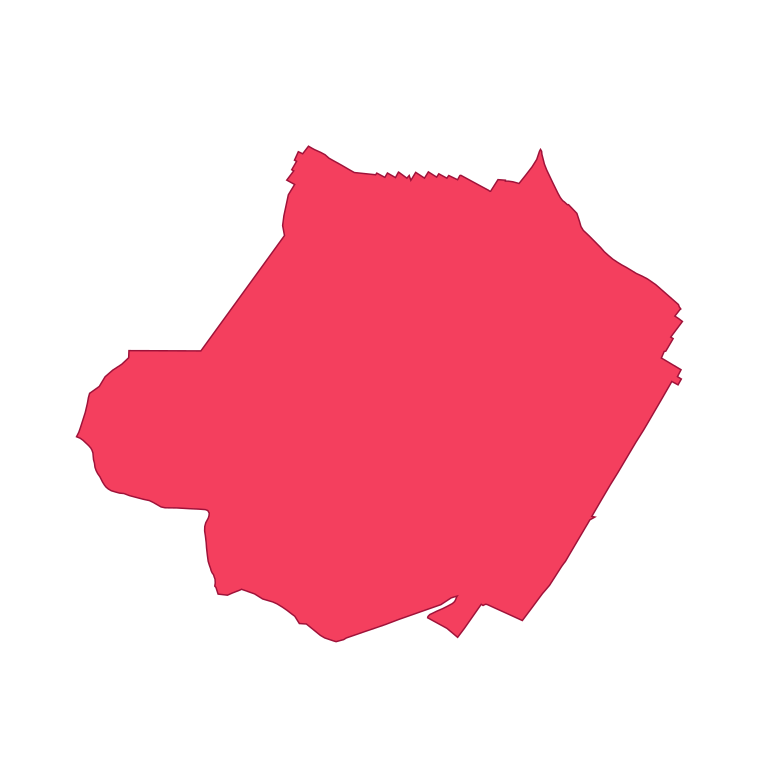 the district of Santo Tomás Hueyotlipan, Puebla, Mexico, rotated 12°
{"feature_id": "50627088B52842348137606", "entity_name": "Santo Tomás Hueyotlipan", "entity_type": "district", "adm_level": 2, "iso_a3": "MEX", "parent_name": "Mexico", "parent_adm1": "Puebla", "projection": "orthographic", "projection_center": [-97.866, 18.889], "detail": "fine", "context": "isolated", "style": "filled", "palette": "rose", "viewbox_px": 768, "rotation_deg": 12, "n_neighbors": 0, "source": "geoboundaries", "source_scale": "gbopen_adm2", "svg_char_len": 3521}
<svg xmlns="http://www.w3.org/2000/svg" viewBox="0 0 768 768"><g transform="rotate(12 384 384)"><path d="M488.3,122.0L487.7,124.0L486.7,132.6L483.7,140.8L479.2,150.2L474.4,159.8L473.2,159.7L467.9,159.4L463.7,159.7L460.5,160.3L460.4,159.4L453.0,160.4L448.2,173.3L447.5,173.5L445.5,172.6L445.2,172.6L415.8,163.9L414.9,164.3L413.5,168.9L404.0,166.6L402.7,169.6L393.9,167.0L392.5,170.7L383.3,167.3L382.4,169.8L380.8,174.2L371.0,170.4L369.4,175.0L367.9,179.2L367.6,178.7L365.3,174.8L363.6,177.9L354.5,173.8L354.1,173.7L352.3,179.7L343.5,176.9L341.9,181.7L333.1,179.2L332.3,181.1L331.8,181.2L331.1,181.2L311.3,183.3L310.9,183.3L305.2,181.5L297.0,178.8L287.8,176.0L283.1,174.5L278.7,172.0L273.9,170.6L267.4,169.2L265.0,168.5L260.7,167.1L256.6,175.7L251.9,174.6L249.9,183.7L252.2,184.3L249.2,193.6L251.4,194.3L246.5,204.8L255.1,207.4L251.1,218.8L251.1,240.3L251.9,250.1L255.8,259.5L238.4,298.8L198.0,389.7L127.6,404.4L128.8,411.4L123.4,419.2L115.8,426.8L109.7,434.9L106.0,445.6L98.0,454.3L97.7,458.7L97.9,464.6L97.7,474.0L96.8,483.2L96.1,490.0L95.5,494.7L94.2,499.5L98.0,500.2L101.3,501.6L104.7,503.7L108.0,505.7L110.6,507.7L112.0,509.3L113.6,511.9L114.6,515.2L115.6,518.4L117.2,521.5L118.6,525.5L120.4,528.5L122.6,531.2L125.4,533.8L129.0,538.3L131.6,541.0L133.5,542.6L136.1,544.0L139.4,545.1L144.3,545.5L148.0,545.7L152.4,545.2L158.2,546.1L164.3,546.4L172.5,546.8L178.7,546.8L182.4,547.7L187.2,549.2L191.5,550.6L195.5,550.6L200.1,549.7L207.1,548.3L220.3,546.3L228.7,544.9L235.4,544.0L237.9,544.4L239.9,546.6L240.2,549.2L240.0,551.7L239.2,554.4L238.5,556.8L238.3,560.6L239.1,565.0L240.8,569.5L243.1,576.3L244.5,581.2L247.0,588.7L248.9,594.0L250.9,597.6L251.2,598.1L252.7,600.5L253.7,602.5L255.2,604.5L256.9,606.0L258.2,608.3L259.3,610.0L260.3,613.7L260.5,616.9L261.9,617.9L265.4,624.0L274.8,623.1L279.1,620.0L286.1,615.4L287.3,614.4L301.0,616.2L310.0,619.5L320.5,620.3L325.1,621.3L331.1,623.4L336.1,625.5L341.5,628.1L345.0,629.7L351.0,635.9L358.0,634.9L374.0,643.1L378.8,644.7L388.2,645.8L390.7,646.0L397.7,642.4L400.0,640.2L408.5,635.1L416.6,630.2L425.5,624.9L435.5,618.9L447.6,611.1L485.5,588.0L494.1,579.3L496.7,577.8L499.6,576.3L499.4,576.8L499.1,578.7L498.8,580.5L498.2,582.3L496.5,584.6L492.0,588.4L488.0,591.6L482.9,595.2L478.7,598.5L476.8,599.9L475.7,601.6L475.3,602.4L475.3,603.6L496.3,609.9L508.7,616.5L513.4,606.4L524.6,580.0L524.9,579.3L526.1,579.7L526.3,579.8L526.5,579.9L526.7,580.0L527.0,580.0L527.3,579.8L527.6,579.5L528.0,579.1L529.2,578.3L530.0,578.2L531.1,578.3L539.6,580.2L553.7,583.3L568.5,586.6L575.1,572.4L579.7,562.3L582.6,556.0L584.7,552.2L587.4,547.2L587.7,546.7L588.0,545.9L595.6,525.7L597.2,522.1L598.3,519.9L600.8,512.3L611.3,481.0L612.5,477.5L613.6,474.1L616.8,471.3L617.9,470.3L616.8,470.3L614.8,470.3L615.4,468.4L620.8,452.0L626.3,435.6L631.0,422.6L634.5,412.3L638.2,401.3L642.5,388.6L647.3,375.6L649.6,368.8L658.5,341.8L665.0,321.7L671.8,323.7L673.8,317.3L669.5,315.8L671.6,308.3L649.9,300.9L651.3,293.9L652.8,293.3L657.4,279.5L654.7,278.5L662.9,260.8L658.9,258.9L654.4,257.1L658.0,249.7L658.7,248.9L656.8,247.2L655.5,245.1L629.1,230.3L626.2,229.1L620.0,226.5L614.0,224.8L607.7,223.4L602.1,221.4L596.9,219.6L591.5,218.0L586.8,216.3L581.8,214.3L576.4,211.4L571.9,208.8L567.7,205.6L563.0,202.5L558.0,199.2L553.9,196.5L552.9,195.9L547.0,192.3L543.9,189.0L541.3,184.1L537.2,177.0L527.2,170.2L526.1,170.5L522.6,168.4L520.8,167.6L519.4,166.5L517.6,164.9L514.5,161.3L506.9,151.6L498.7,140.9L495.2,135.6L490.7,126.5L489.8,123.6L488.3,122.0Z" fill="#f43f5e" stroke="#9f1239" stroke-width="1.5"/></g></svg>